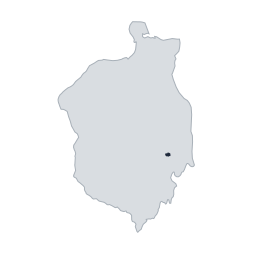 location of Turburea, Gorj, Romania, rotated 262°
{"feature_id": "2599482B10201715191375", "entity_name": "Turburea", "entity_type": "district", "adm_level": 2, "iso_a3": "ROU", "parent_name": "Romania", "parent_adm1": "Gorj", "projection": "equal_earth", "projection_center": [23.554, 44.693], "detail": "fine", "context": "in_parent", "style": "filled", "palette": "slate", "viewbox_px": 256, "rotation_deg": 262, "n_neighbors": 0, "source": "geoboundaries", "source_scale": "gbopen_adm2", "svg_char_len": 4060}
<svg xmlns="http://www.w3.org/2000/svg" viewBox="0 0 256 256"><g transform="rotate(262 128 128)"><path d="M199.3,142.0L201.8,144.9L204.8,146.5L211.7,148.2L212.3,148.0L212.3,147.6L211.8,147.2L211.7,146.7L212.1,146.0L213.0,145.9L214.6,146.6L217.5,145.7L221.7,143.3L225.7,142.8L229.4,144.2L231.3,145.9L232.6,147.4L232.3,149.3L232.1,150.5L231.3,155.5L230.7,157.3L229.7,159.4L218.4,161.9L219.1,160.7L218.8,158.6L218.3,157.0L219.3,155.6L216.7,155.1L215.6,155.9L214.8,157.2L215.7,160.4L214.5,162.1L214.0,163.1L214.1,165.4L213.3,166.3L213.2,167.4L215.0,167.1L214.3,169.1L211.0,172.9L209.9,175.2L210.4,184.3L209.0,189.7L208.9,191.3L205.3,191.4L204.2,191.2L200.8,190.4L196.9,189.0L194.6,186.2L193.1,184.2L189.9,185.1L189.2,184.8L188.3,183.9L185.8,183.2L182.8,183.2L175.9,179.6L175.2,178.9L169.8,179.6L161.9,181.4L155.8,183.6L149.5,187.6L147.0,190.6L144.1,192.2L139.8,193.4L132.3,192.9L124.4,191.4L115.9,189.8L111.4,190.7L105.2,190.0L95.9,188.1L89.0,187.5L82.1,188.6L81.0,187.7L80.7,186.7L81.0,185.3L82.0,184.2L83.6,183.3L84.5,182.4L84.6,181.5L82.7,180.1L79.0,178.1L77.4,176.9L77.0,176.6L76.9,175.5L76.1,174.6L74.7,174.0L73.5,172.8L72.7,171.2L72.9,169.6L74.1,168.1L75.6,167.5L77.3,167.7L78.1,167.3L77.8,166.3L76.1,164.9L72.8,163.3L69.6,164.2L66.2,167.6L63.8,168.1L62.4,165.8L59.8,164.5L56.0,164.1L53.7,163.2L52.8,161.9L51.2,160.9L47.6,159.9L47.6,158.9L48.2,158.6L49.4,158.5L51.2,158.3L51.5,157.7L51.5,157.2L50.1,156.6L48.8,156.1L48.0,155.6L47.6,155.1L47.5,154.6L47.9,154.3L48.5,154.2L49.0,153.9L49.3,152.7L50.1,151.7L50.6,151.4L50.6,150.6L50.1,149.9L49.3,149.4L48.2,149.0L44.8,147.9L43.1,146.5L42.0,146.5L40.3,145.6L38.5,144.4L37.0,142.6L35.3,141.5L34.9,141.0L34.8,140.5L35.2,140.0L35.2,139.5L34.7,137.7L35.1,135.9L35.0,134.2L35.0,133.4L34.7,133.2L34.4,133.4L34.0,133.7L33.6,133.8L32.3,132.5L30.8,130.0L29.7,129.1L27.7,127.9L25.9,127.0L24.7,124.8L23.4,123.2L24.3,122.5L29.3,121.5L31.6,122.5L32.7,122.1L33.7,121.3L34.3,120.7L34.4,120.1L34.9,119.3L36.6,118.9L41.1,119.4L42.9,118.2L43.5,117.6L44.0,116.2L44.5,115.1L46.1,114.5L46.0,113.5L45.8,112.4L46.8,110.0L47.4,109.0L48.3,108.6L49.4,107.9L51.3,106.3L50.8,104.9L51.2,103.9L53.2,101.4L54.8,99.0L54.7,97.8L55.0,96.7L56.3,95.6L57.7,94.1L59.6,89.4L60.2,88.6L61.5,87.7L62.4,86.8L62.5,83.8L63.3,82.9L64.9,81.9L66.6,80.3L67.9,78.4L68.9,77.5L70.2,77.3L71.6,76.6L73.2,76.3L74.8,76.6L75.8,76.5L77.3,75.5L81.1,72.1L81.6,71.4L82.4,70.9L85.5,69.8L86.3,68.6L87.3,67.5L88.7,67.6L93.2,70.2L98.0,70.1L98.8,70.2L99.1,70.2L99.7,70.4L106.1,71.7L107.0,71.6L107.3,71.5L109.9,72.6L112.1,72.4L114.3,71.7L116.5,71.4L118.6,71.9L120.2,73.4L124.2,76.6L125.5,77.8L127.3,77.6L129.4,77.0L131.4,74.9L137.8,72.4L142.7,71.8L147.4,70.8L152.9,70.1L154.5,68.1L155.4,66.8L155.9,64.3L158.9,63.5L161.7,63.0L162.7,62.7L164.7,62.6L166.3,62.8L168.8,64.1L170.6,65.6L171.3,66.9L172.8,68.6L174.4,71.1L176.2,74.3L176.6,76.0L177.3,77.8L178.6,80.0L181.1,82.4L181.5,82.9L182.6,84.6L184.9,88.4L186.7,89.9L188.3,91.5L189.1,93.2L190.2,94.7L192.9,96.7L195.1,98.6L197.0,103.8L198.2,106.2L199.0,108.1L198.8,111.8L199.3,113.4L198.4,116.4L196.8,122.3L196.5,127.0L196.8,129.6L196.9,131.2L197.4,132.3L197.9,134.4L198.0,136.3L197.4,136.9L196.5,137.3L196.2,137.7L197.0,138.6L198.2,140.1L199.3,142.0Z" fill="#d9dde1" stroke="#a8b0b8" stroke-width="1"/><path d="M97.2,164.3L97.3,164.2L97.2,164.1L96.9,164.2L96.9,164.3L96.7,164.4L96.7,164.2L96.6,163.9L96.4,163.8L96.5,163.7L96.4,163.6L96.5,163.6L96.6,163.4L96.5,163.2L96.4,163.1L96.5,163.1L96.5,162.9L96.5,162.7L96.7,162.4L96.8,162.4L96.8,162.2L96.7,162.0L96.7,161.9L96.4,161.9L96.4,162.0L96.2,162.1L96.0,162.3L95.9,162.3L95.7,162.3L95.6,162.2L95.4,162.3L95.3,162.5L95.3,162.8L95.2,162.9L95.2,163.0L95.1,163.3L94.9,163.4L95.0,163.4L95.1,163.5L95.0,163.8L95.3,163.8L95.2,164.0L95.3,164.2L95.3,164.3L95.2,164.3L95.3,164.5L95.2,164.7L95.2,164.8L95.3,164.9L95.2,165.0L95.1,165.3L95.1,165.5L95.4,165.6L95.5,165.6L95.6,165.4L95.9,165.4L96.0,165.4L96.2,165.5L96.3,165.5L96.5,165.5L96.5,165.4L96.7,165.2L96.8,165.1L96.7,165.0L96.7,164.9L96.8,164.9L96.8,164.7L97.0,164.4L97.2,164.3Z" fill="#64748b" stroke="#1e293b" stroke-width="1.5"/></g></svg>